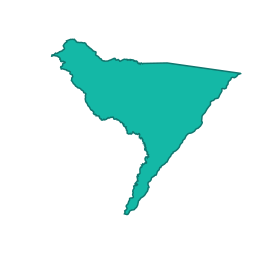 the district of Pium, Tocantins, Brazil, rotated 196°
{"feature_id": "56859067B30046930034094", "entity_name": "Pium", "entity_type": "district", "adm_level": 2, "iso_a3": "BRA", "parent_name": "Brazil", "parent_adm1": "Tocantins", "projection": "orthographic", "projection_center": [-49.76, -9.946], "detail": "fine", "context": "isolated", "style": "filled", "palette": "teal", "viewbox_px": 256, "rotation_deg": 196, "n_neighbors": 0, "source": "geoboundaries", "source_scale": "gbopen_adm2", "svg_char_len": 5960}
<svg xmlns="http://www.w3.org/2000/svg" viewBox="0 0 256 256"><g transform="rotate(196 128 128)"><path d="M79.0,114.7L77.8,116.3L78.0,117.2L75.9,119.2L74.5,121.3L73.5,123.6L73.2,126.6L71.9,129.0L71.7,129.7L72.0,130.7L71.4,132.1L70.5,133.2L70.1,136.2L69.1,138.4L67.9,139.7L66.2,140.4L64.9,141.4L63.2,143.3L62.6,145.3L61.8,146.3L60.5,147.2L58.9,149.9L58.2,152.4L58.1,153.5L58.4,154.3L59.1,154.6L60.1,159.8L59.6,161.5L58.2,164.0L57.3,168.0L56.3,170.7L55.4,172.5L55.2,173.3L55.9,175.8L55.7,176.2L54.7,177.3L53.3,178.2L52.5,180.0L49.7,181.5L49.2,182.9L49.0,185.1L48.0,188.9L48.0,189.6L48.6,191.5L48.0,192.1L46.1,192.2L44.7,193.3L44.6,194.6L44.9,195.7L44.0,197.4L44.3,200.0L43.7,201.3L42.7,202.6L42.5,203.7L42.6,204.5L42.3,205.0L41.6,205.5L39.5,205.7L38.4,206.8L37.7,207.8L37.1,209.6L34.8,211.3L35.1,211.5L108.3,201.3L131.3,194.2L131.6,193.7L133.2,194.1L133.5,193.6L134.2,193.5L134.1,192.9L135.1,193.4L135.4,193.2L135.4,192.8L136.3,193.0L136.8,193.9L137.3,194.0L137.5,194.4L138.1,194.7L138.5,194.7L138.6,194.2L138.9,194.1L139.4,194.2L139.9,194.5L140.2,194.0L141.0,194.1L141.1,194.6L141.7,194.8L144.2,194.5L144.0,193.9L144.5,193.6L145.8,194.1L146.7,193.2L147.2,193.6L147.5,193.2L148.1,193.3L148.3,193.6L149.6,193.1L150.2,193.2L151.1,192.7L154.0,189.9L154.4,189.9L154.7,190.4L156.4,191.1L157.0,190.5L158.1,189.9L158.8,190.7L159.7,191.3L160.2,191.2L160.1,190.8L160.9,190.8L163.8,188.3L164.5,188.0L165.1,187.4L166.1,186.7L168.8,185.8L169.5,186.0L169.8,185.7L170.4,185.7L172.2,186.1L172.8,187.0L174.0,187.0L176.3,188.5L178.8,189.1L179.2,189.3L179.7,192.1L180.0,192.3L182.7,192.4L183.1,192.8L186.1,194.3L187.3,194.4L188.0,195.1L190.3,195.9L192.1,197.7L193.4,197.9L194.1,197.5L196.3,197.4L198.4,196.7L199.8,196.6L200.2,196.3L201.6,196.7L201.9,197.2L204.2,198.5L204.8,198.0L205.8,198.0L207.1,197.4L207.6,197.4L211.1,194.8L210.6,194.2L210.6,193.7L211.6,192.7L212.3,191.3L212.9,189.1L211.1,187.2L211.0,186.5L211.4,185.7L212.4,184.6L212.7,183.8L215.0,182.3L215.4,181.4L216.3,180.8L216.4,180.3L217.2,180.0L218.3,180.0L219.3,178.1L221.2,177.2L221.1,176.1L220.5,176.4L219.0,177.7L218.3,177.3L216.0,177.6L215.1,177.5L214.6,177.1L213.6,177.0L213.0,176.7L212.2,175.8L212.5,175.5L212.4,175.2L211.1,174.3L210.9,173.5L210.2,173.5L208.7,174.3L207.3,173.9L207.0,174.1L206.5,173.5L207.2,172.8L208.2,172.3L208.4,171.4L208.1,170.5L208.3,169.3L209.5,168.4L209.5,167.8L208.9,167.4L208.7,166.5L208.4,166.3L207.4,166.9L204.1,166.8L203.4,167.0L203.0,166.9L202.6,166.4L199.7,166.3L198.9,165.9L198.9,164.6L198.6,164.2L198.3,163.9L196.6,163.9L196.2,163.7L195.4,162.3L195.3,161.8L195.9,160.5L195.6,160.0L195.5,158.0L194.3,157.3L192.7,155.6L191.2,155.0L189.9,153.8L188.7,153.6L187.7,152.9L186.9,152.8L185.9,153.0L184.6,152.7L184.0,152.4L183.8,152.1L183.2,151.7L182.7,151.7L181.0,151.1L180.3,149.8L178.7,149.7L177.9,149.2L177.9,147.3L177.1,145.3L177.2,144.3L175.9,141.7L174.7,140.7L174.3,140.7L172.5,138.3L171.9,138.2L171.5,137.8L170.9,137.6L168.9,135.4L168.2,135.3L168.0,135.0L167.2,135.1L166.0,134.2L165.6,134.2L165.3,133.9L165.3,132.6L164.7,132.0L163.6,131.7L162.9,132.2L162.3,131.9L162.1,131.0L159.9,131.5L159.0,131.4L158.9,130.9L158.5,130.8L158.3,130.3L157.6,129.5L157.1,129.2L156.4,129.4L155.8,128.4L155.1,128.4L154.0,129.0L153.7,129.7L153.0,129.7L152.7,129.4L151.8,130.0L151.2,130.5L151.1,131.0L150.2,131.6L149.9,132.5L149.2,132.3L148.6,132.5L147.4,133.7L146.7,133.7L145.5,134.3L145.1,134.3L144.8,133.9L144.2,132.8L142.9,132.8L141.9,133.6L141.1,133.3L140.8,132.9L140.5,133.2L140.1,132.9L139.5,133.1L137.5,132.2L137.3,131.9L136.5,131.3L135.7,131.8L134.8,131.3L134.1,130.5L133.2,130.6L133.0,130.3L133.3,129.6L132.5,128.7L131.0,128.3L130.1,128.4L130.3,127.5L129.2,126.6L129.0,125.6L128.2,125.3L127.3,122.8L125.8,122.4L125.0,122.7L124.4,123.4L123.8,123.0L123.3,123.0L122.9,123.4L122.5,124.5L121.8,124.9L122.1,125.6L121.6,125.6L120.9,125.0L118.7,124.3L118.3,124.9L117.3,124.4L116.5,124.8L116.1,125.6L115.7,125.7L115.3,125.4L114.8,124.6L114.9,123.4L114.3,121.9L113.9,122.2L113.3,121.9L113.1,121.5L112.6,122.4L111.7,122.0L111.3,121.6L111.7,121.6L111.6,121.3L110.9,121.1L110.4,120.2L110.5,119.9L109.9,119.1L109.3,118.6L107.9,118.0L107.9,117.4L108.2,117.2L107.4,117.1L107.1,116.8L107.4,116.1L106.9,116.0L106.7,115.2L106.4,115.3L106.4,114.8L106.1,114.6L106.3,114.4L105.9,114.3L105.7,114.0L105.4,113.9L105.3,113.4L105.7,112.9L106.1,112.8L106.2,112.5L105.7,111.5L105.4,111.5L105.2,112.2L104.8,112.2L104.6,111.9L104.6,111.5L104.2,111.4L104.1,110.9L103.1,110.4L102.9,110.1L102.6,110.1L102.6,109.8L102.9,109.7L102.3,107.9L101.7,107.9L101.3,108.2L100.9,108.0L101.0,106.7L100.2,106.2L100.2,105.8L100.6,105.5L101.2,105.7L101.5,105.5L101.4,104.7L101.9,105.1L102.4,105.3L103.0,104.9L103.2,103.3L103.0,102.7L102.4,101.6L100.9,100.5L100.6,99.5L101.1,99.1L101.9,99.4L102.4,98.0L103.4,97.5L103.9,97.6L103.9,97.1L103.5,96.8L103.7,96.5L104.6,96.2L104.2,95.9L104.0,94.4L104.5,93.6L105.1,93.7L105.2,91.8L104.0,87.9L104.3,86.8L105.2,86.4L105.2,85.8L105.7,85.9L105.9,85.4L105.7,84.9L104.8,84.3L105.3,83.7L105.8,83.6L105.2,82.3L104.7,81.9L104.5,80.1L103.9,80.0L103.9,79.6L104.4,79.6L105.9,76.5L105.7,75.9L105.3,75.8L104.6,76.2L104.2,76.7L103.3,76.4L103.3,76.0L104.4,74.8L105.8,74.3L106.5,73.7L105.5,71.7L106.0,70.1L106.0,68.8L105.8,68.0L105.2,67.4L105.2,65.2L104.1,63.7L103.8,62.9L104.4,62.1L106.4,61.3L107.0,60.7L106.6,58.8L107.1,57.8L107.1,55.1L108.2,53.1L108.1,52.0L107.0,50.9L106.7,50.2L107.0,49.1L108.3,47.4L107.8,46.7L107.6,45.9L107.8,44.5L105.4,44.5L104.6,44.8L104.2,45.2L103.6,47.3L103.6,48.4L103.3,48.8L101.7,50.3L100.9,50.5L99.5,51.3L98.9,52.7L98.0,54.0L97.5,56.5L97.8,61.0L97.2,61.8L96.3,64.3L94.5,66.3L93.5,67.9L92.7,70.6L91.8,73.0L92.0,73.6L91.8,74.6L92.1,75.1L92.2,75.9L91.5,76.4L91.5,76.9L93.1,78.9L93.4,79.7L93.6,81.2L93.2,81.9L92.2,82.9L91.6,84.3L91.6,86.9L89.8,88.7L89.2,90.0L88.1,90.4L87.9,90.7L87.8,93.9L87.5,94.9L86.6,96.3L86.5,98.7L86.3,99.0L85.6,99.1L85.4,100.7L83.0,103.4L81.8,105.6L81.1,106.1L80.5,109.8L80.0,111.2L79.3,112.4L79.0,114.7Z" fill="#14b8a6" stroke="#0f766e" stroke-width="1.5"/></g></svg>